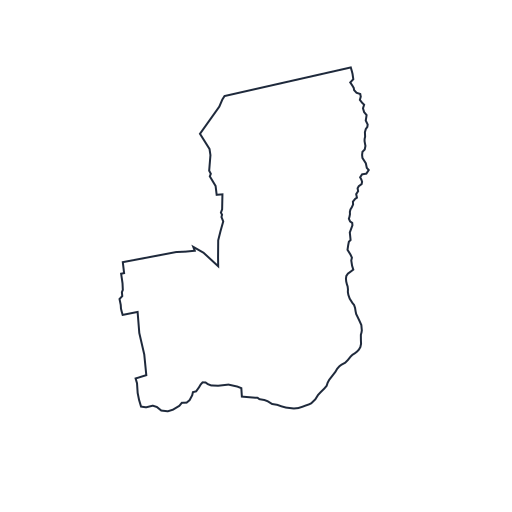 outline of Maipú, Mendoza, Argentina, rotated 332°
{"feature_id": "61730980B18829369395752", "entity_name": "Maipú", "entity_type": "district", "adm_level": 2, "iso_a3": "ARG", "parent_name": "Argentina", "parent_adm1": "Mendoza", "projection": "equal_earth", "projection_center": [-68.638, -32.977], "detail": "fine", "context": "isolated", "style": "outline", "palette": "slate", "viewbox_px": 512, "rotation_deg": 332, "n_neighbors": 0, "source": "geoboundaries", "source_scale": "gbopen_adm2", "svg_char_len": 2605}
<svg xmlns="http://www.w3.org/2000/svg" viewBox="0 0 512 512"><g transform="rotate(332 256 256)"><path d="M135.5,198.9L131.5,209.2L128.6,208.3L126.1,215.3L125.3,217.5L122.5,223.4L120.6,225.0L119.1,228.6L115.3,229.9L113.6,235.7L112.1,239.0L111.4,241.7L110.6,245.4L125.2,249.8L116.8,269.2L111.1,290.5L103.2,309.7L92.2,307.6L91.2,312.5L87.2,321.4L85.2,328.1L83.8,335.0L87.9,338.0L94.6,339.7L97.6,342.8L99.8,348.0L102.3,349.7L105.2,351.7L110.5,352.7L118.0,352.3L121.6,350.8L125.9,352.9L129.7,352.1L134.3,349.0L136.4,346.6L139.6,347.4L144.0,345.2L146.8,343.5L149.5,342.5L152.1,344.0L153.3,346.5L155.6,349.2L161.7,352.8L171.3,356.6L178.2,362.5L181.0,365.8L177.5,373.5L188.5,380.6L190.8,381.9L191.8,384.0L195.8,387.1L198.1,389.7L200.7,394.2L204.9,397.4L207.8,400.6L211.3,403.9L217.8,408.4L221.9,410.1L226.2,410.9L229.4,411.3L233.2,411.9L235.6,412.0L241.1,410.4L245.6,407.8L249.1,406.6L254.1,405.1L257.4,403.8L259.8,401.5L262.5,399.7L271.8,395.5L274.7,393.7L277.9,392.5L280.4,392.1L284.6,392.1L288.2,391.0L290.3,390.1L292.4,389.2L294.8,388.5L297.7,388.3L300.4,387.8L302.8,387.0L305.4,385.4L307.5,382.9L309.2,379.4L311.6,374.8L313.2,373.1L314.5,371.4L316.6,366.4L316.9,361.9L317.1,357.5L317.2,354.3L317.9,351.8L319.1,348.3L319.6,345.2L319.1,342.9L318.7,337.7L319.3,333.7L320.2,330.9L321.5,328.7L322.6,325.9L323.0,323.5L323.7,320.8L324.8,318.2L326.4,316.0L328.9,314.7L331.1,314.4L335.5,313.7L336.3,309.6L338.0,304.7L339.9,302.5L340.1,299.1L339.7,293.5L342.5,289.7L344.7,287.0L347.0,286.3L349.9,279.2L352.3,277.1L355.6,274.1L356.5,271.9L355.3,269.7L355.5,266.7L356.9,265.3L358.6,263.2L359.6,261.1L361.3,259.2L363.4,258.0L365.9,256.1L367.1,253.5L370.4,252.1L372.5,251.9L373.5,248.4L376.6,246.7L377.5,243.9L379.5,242.6L383.0,242.1L384.5,240.3L384.9,237.9L384.9,235.4L388.0,233.7L392.1,235.1L395.9,233.0L395.2,230.2L396.5,225.7L396.3,223.1L396.0,219.4L397.1,216.6L398.9,214.0L402.0,213.0L404.3,210.2L405.1,207.6L405.8,205.5L406.8,203.7L408.4,201.8L410.3,197.8L412.6,195.4L414.9,194.3L416.3,192.4L416.5,187.9L418.4,185.4L419.8,183.5L419.0,179.7L419.8,175.8L422.5,173.2L421.6,170.4L421.0,166.9L423.3,164.5L424.1,161.9L421.4,159.1L420.5,155.6L421.2,153.5L421.1,151.2L420.7,147.0L424.9,145.6L426.7,140.6L427.3,138.3L428.2,134.0L303.3,100.0L299.8,102.0L293.7,106.9L263.9,121.8L265.2,139.7L263.1,145.6L254.7,158.7L254.7,162.2L252.6,164.0L253.2,175.2L250.0,183.5L255.3,185.8L248.0,198.9L245.4,201.2L245.4,203.6L243.8,205.4L243.3,210.1L236.5,217.2L230.0,224.4L221.8,239.5L217.8,247.3L211.2,228.5L204.9,218.5L204.4,222.6L195.9,219.1L187.3,215.0L180.5,212.9L135.5,198.9Z" fill="none" stroke="#1e293b" stroke-width="2"/></g></svg>